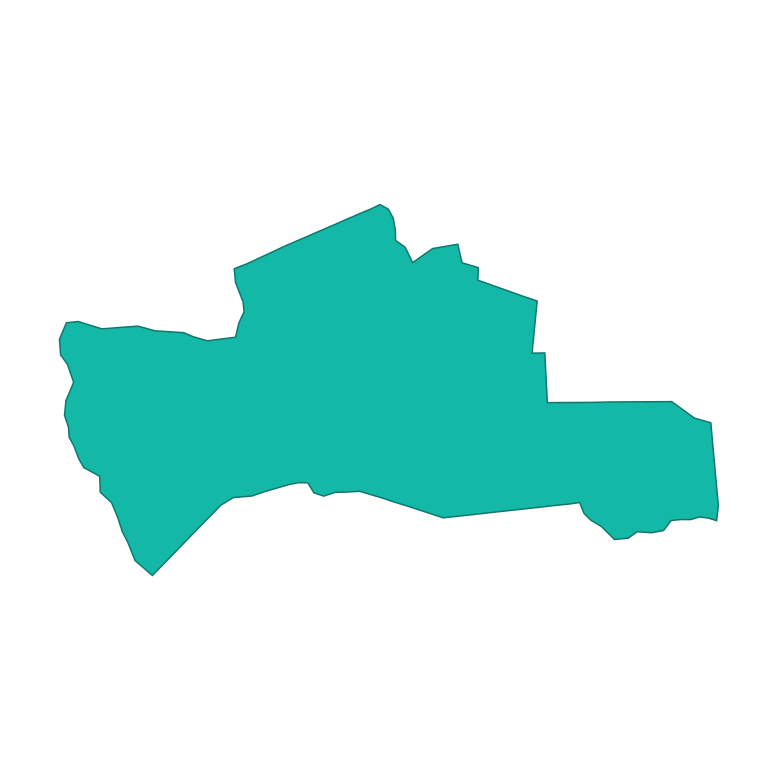 outline of Igrejinha, Rio Grande do Sul, Brazil, rotated 174°
{"feature_id": "56859067B34596545395874", "entity_name": "Igrejinha", "entity_type": "district", "adm_level": 2, "iso_a3": "BRA", "parent_name": "Brazil", "parent_adm1": "Rio Grande do Sul", "projection": "robinson", "projection_center": [-50.791, -29.565], "detail": "fine", "context": "isolated", "style": "filled", "palette": "teal", "viewbox_px": 768, "rotation_deg": 174, "n_neighbors": 0, "source": "geoboundaries", "source_scale": "gbopen_adm2", "svg_char_len": 1386}
<svg xmlns="http://www.w3.org/2000/svg" viewBox="0 0 768 768"><g transform="rotate(174 384 384)"><path d="M634.4,217.8L605.8,241.5L595.8,250.0L584.4,259.4L559.0,280.5L545.8,286.8L527.0,286.4L513.6,289.5L489.3,293.9L479.3,294.8L470.2,293.7L465.0,283.0L455.6,278.8L444.1,281.3L433.1,280.5L419.3,279.8L397.3,270.6L389.1,266.8L373.9,260.3L339.1,244.7L229.4,245.3L210.6,245.3L201.8,245.7L198.6,234.4L192.4,226.8L182.5,219.4L171.1,205.3L157.3,205.1L147.7,210.6L133.2,208.1L121.2,209.1L112.8,218.2L103.2,218.2L93.2,217.1L84.1,218.8L75.3,216.7L67.5,213.3L64.2,228.1L63.4,286.8L63.0,311.2L78.9,317.7L99.7,336.4L161.1,342.5L179.5,344.0L223.5,348.4L220.8,398.1L233.5,399.2L223.0,450.5L236.7,456.8L267.4,471.5L279.8,477.4L278.0,489.8L293.7,496.4L296.0,515.3L321.6,513.6L332.1,507.7L342.8,501.8L348.7,517.8L357.5,525.6L356.6,535.7L357.5,548.1L361.4,557.4L369.3,562.9L378.6,559.5L391.4,555.7L423.9,545.4L467.0,531.9L507.4,518.0L520.9,514.3L521.1,500.6L515.6,480.6L515.6,470.5L522.0,459.8L526.7,446.1L543.1,445.7L555.1,445.4L568.7,450.9L577.9,456.0L606.0,460.8L622.8,467.3L659.0,468.4L681.6,478.1L693.5,478.1L702.1,462.3L702.6,446.7L696.8,436.8L692.5,418.1L702.1,400.6L705.0,386.3L702.3,373.9L702.7,364.0L698.9,355.0L695.3,341.3L691.2,332.2L676.4,321.9L677.5,306.1L667.3,294.4L662.8,279.2L659.6,264.3L655.5,253.7L650.0,234.4L634.4,217.8Z" fill="#14b8a6" stroke="#0f766e" stroke-width="1.5"/></g></svg>